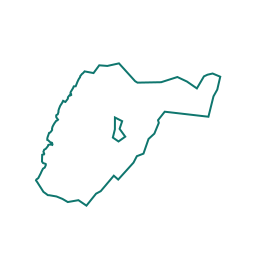 outline of Alleghany, Virginia, United States of America, rotated 348°
{"feature_id": "52423323B98593470147250", "entity_name": "Alleghany", "entity_type": "district", "adm_level": 2, "iso_a3": "USA", "parent_name": "United States of America", "parent_adm1": "Virginia", "projection": "mercator", "projection_center": [-80.111, 37.778], "detail": "fine", "context": "isolated", "style": "outline", "palette": "teal", "viewbox_px": 256, "rotation_deg": 348, "n_neighbors": 0, "source": "geoboundaries", "source_scale": "gbopen_adm2", "svg_char_len": 1643}
<svg xmlns="http://www.w3.org/2000/svg" viewBox="0 0 256 256"><g transform="rotate(348 128 128)"><path d="M107.7,176.4L126.2,163.0L130.8,157.4L137.8,156.3L145.8,143.0L152.6,139.0L159.2,129.4L159.0,126.6L167.3,119.7L209.0,133.7L218.2,114.8L223.3,109.0L228.9,97.0L222.1,92.3L216.8,92.4L213.0,93.3L203.6,103.6L195.3,94.8L186.9,88.4L169.9,90.1L146.7,85.6L144.7,83.7L132.6,62.9L120.7,63.0L112.9,60.7L105.7,67.1L97.3,63.6L97.1,63.8L95.1,65.2L94.3,65.5L92.0,67.4L91.7,68.3L90.1,69.8L88.3,72.1L85.5,76.3L83.6,76.0L82.5,77.6L79.6,80.7L79.0,81.7L78.9,82.3L79.4,82.8L79.3,83.9L78.5,84.2L77.8,83.7L77.6,83.8L75.9,85.2L75.6,85.5L75.4,86.5L75.2,86.9L72.2,89.5L71.0,88.8L70.7,88.2L70.2,87.9L68.8,89.7L66.3,92.2L64.3,95.2L63.4,97.0L63.4,97.8L62.1,100.0L60.6,100.5L60.2,101.3L60.1,102.7L61.3,105.3L60.6,105.8L59.2,106.1L56.8,108.3L55.4,109.9L54.4,111.1L53.5,113.0L53.4,114.1L52.1,115.4L50.5,116.4L50.3,116.5L49.8,116.4L47.3,120.5L46.7,122.0L46.6,122.9L47.1,123.1L49.4,126.3L49.8,126.2L50.6,126.7L50.7,128.4L50.4,128.8L50.1,128.6L48.9,128.1L47.2,127.9L46.4,128.1L45.9,129.1L43.2,131.3L41.5,131.8L40.3,133.7L40.5,134.4L40.7,135.9L40.2,136.4L38.8,136.2L38.5,136.3L36.9,142.9L37.6,144.6L40.0,146.0L40.0,146.9L39.7,147.5L38.3,149.4L36.4,150.1L34.2,152.8L33.3,154.1L29.8,158.4L27.7,159.3L27.1,160.1L28.3,162.9L28.3,163.0L32.0,172.9L34.7,175.9L35.5,176.9L35.6,177.0L36.3,177.2L36.7,177.3L36.8,177.3L39.3,178.3L43.8,180.1L49.1,183.7L53.7,187.9L64.5,188.3L71.2,195.3L83.1,185.6L88.2,184.1L104.2,171.7L107.7,176.4ZM111.2,134.2L114.9,126.6L117.4,115.0L123.7,120.1L119.6,127.1L123.5,135.9L115.9,139.2L111.2,134.2Z" fill="none" stroke="#0f766e" stroke-width="2"/></g></svg>